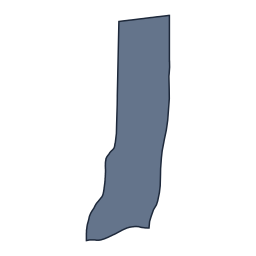 Thamud, Hadramawt, Yemen (Natural Earth projection)
{"feature_id": "15242507B77315063878707", "entity_name": "Thamud", "entity_type": "district", "adm_level": 2, "iso_a3": "YEM", "parent_name": "Yemen", "parent_adm1": "Hadramawt", "projection": "natural_earth1", "projection_center": [49.684, 17.639], "detail": "fine", "context": "isolated", "style": "filled", "palette": "slate", "viewbox_px": 256, "rotation_deg": 0, "n_neighbors": 0, "source": "geoboundaries", "source_scale": "gbopen_adm2", "svg_char_len": 4536}
<svg xmlns="http://www.w3.org/2000/svg" viewBox="0 0 256 256"><path d="M169.4,15.4L168.9,15.4L166.9,15.7L164.4,16.0L161.8,16.3L159.4,16.6L157.0,16.8L154.9,17.1L152.8,17.4L150.4,17.6L148.4,17.9L145.7,18.2L143.7,18.5L140.8,18.8L138.4,19.1L136.2,19.4L133.7,19.7L131.3,20.0L129.2,20.2L127.0,20.5L125.1,20.7L122.6,21.0L120.5,21.3L118.9,21.5L117.5,86.6L117.4,90.8L117.3,95.6L117.3,98.2L117.2,105.1L116.6,124.9L116.4,133.6L115.3,142.6L115.2,143.2L115.1,143.3L115.1,143.5L114.9,144.0L114.9,144.4L114.8,144.7L114.8,145.4L114.7,145.5L114.6,146.2L114.5,146.6L114.4,147.0L114.2,147.6L113.8,148.4L113.4,148.9L113.3,149.0L113.0,149.4L112.5,149.9L112.1,150.3L111.6,150.7L111.5,150.8L111.1,151.2L110.7,151.6L110.6,151.8L110.2,152.2L109.8,152.7L109.6,153.0L109.4,153.4L109.0,154.0L108.8,154.3L108.5,154.7L108.3,154.9L108.0,155.3L107.6,155.8L107.3,156.3L107.1,156.5L106.8,157.0L106.6,157.4L106.5,157.6L106.2,158.3L105.9,159.0L105.9,159.7L105.8,160.1L105.8,160.4L105.7,160.5L105.6,161.2L105.5,161.8L105.5,162.0L105.4,162.8L105.4,163.7L105.4,164.5L105.4,165.2L105.3,165.9L105.4,166.8L105.4,167.2L105.4,167.6L105.4,168.4L105.5,169.1L105.5,169.9L105.5,170.8L105.5,171.0L105.5,171.7L105.5,172.5L105.4,173.0L105.4,174.1L105.4,174.8L105.3,175.6L105.3,175.8L105.3,176.3L105.3,176.9L105.3,177.0L105.2,177.8L105.1,178.5L105.1,179.0L105.1,179.3L105.1,180.0L105.0,180.8L105.0,181.5L104.9,181.6L104.9,182.4L104.8,182.8L104.8,183.2L104.7,183.5L104.7,183.9L104.6,184.5L104.5,185.0L104.5,185.4L104.4,185.9L104.4,186.1L104.3,186.8L104.2,187.5L104.1,188.0L104.1,188.5L104.0,189.2L103.9,189.9L103.8,190.3L103.8,190.5L103.7,190.7L103.7,191.3L103.5,192.0L103.5,192.3L103.3,192.9L103.2,193.6L103.1,194.0L103.0,194.3L102.8,194.9L102.5,195.7L102.1,196.4L101.8,197.0L101.5,197.3L101.3,197.5L100.8,198.1L100.3,198.8L99.7,199.5L99.0,200.4L98.8,200.6L98.5,201.0L98.3,201.3L97.8,201.8L97.3,202.4L96.7,203.1L96.4,203.6L96.0,204.1L95.7,204.6L95.6,204.9L95.2,205.5L94.9,206.1L94.9,206.3L94.6,206.7L94.5,207.0L94.3,207.3L94.2,207.6L94.0,208.0L93.7,208.5L93.2,209.2L93.0,209.6L92.8,209.8L92.4,210.4L92.0,211.0L91.7,211.5L91.2,212.4L90.8,213.0L90.6,213.4L90.6,213.6L90.3,214.2L90.0,214.9L89.7,215.6L89.5,216.2L89.3,216.8L89.1,217.7L89.0,218.4L88.8,219.1L88.7,219.7L88.6,219.9L88.5,220.4L88.3,221.1L88.2,221.6L88.1,221.9L88.0,222.1L87.9,222.6L87.7,223.3L87.5,223.9L87.5,224.0L87.3,224.8L87.2,225.4L87.1,226.2L86.9,227.1L86.9,227.5L86.9,227.8L86.8,228.5L86.7,229.1L86.5,230.1L86.5,230.3L86.5,230.8L86.5,231.6L86.5,232.3L86.5,232.5L86.4,233.0L86.4,233.7L86.4,234.4L86.4,234.6L86.4,235.1L86.4,235.5L86.4,235.8L86.4,236.6L86.4,237.5L86.4,238.4L86.4,238.8L86.4,239.3L86.4,239.6L86.4,239.9L86.4,240.6L86.5,240.6L87.1,240.4L87.8,240.3L88.2,240.2L88.5,240.1L89.0,240.0L89.4,240.0L89.9,239.9L90.6,239.9L91.3,239.9L91.6,239.9L91.9,239.9L92.7,239.9L93.3,239.9L94.0,239.9L94.5,239.9L95.3,240.0L95.9,240.1L96.5,240.2L96.8,240.2L97.1,240.2L97.7,240.2L97.9,240.2L98.4,240.2L98.6,240.2L98.9,240.2L99.1,240.1L99.5,240.1L100.2,240.0L100.6,239.9L100.8,239.9L101.5,239.7L102.0,239.5L102.7,239.3L103.4,239.1L104.0,238.9L104.7,238.7L105.0,238.5L105.4,238.4L105.5,238.3L105.9,238.2L106.2,238.0L106.7,237.8L107.3,237.6L107.5,237.5L108.2,237.2L108.8,236.9L109.0,236.8L109.4,236.6L110.2,236.2L110.9,235.9L111.2,235.8L111.5,235.6L111.9,235.4L112.3,235.2L112.8,235.0L112.9,234.9L113.5,234.6L114.2,234.4L114.3,234.3L114.9,234.0L115.2,233.9L115.6,233.7L115.9,233.5L116.3,233.3L116.7,233.1L117.2,232.8L117.7,232.5L118.1,232.3L118.8,232.0L118.9,231.9L119.0,231.8L119.6,231.5L120.2,231.2L120.3,231.2L120.8,230.9L121.3,230.6L122.0,230.2L122.7,229.9L123.1,229.7L123.3,229.6L123.9,229.3L124.6,229.0L125.4,228.7L126.1,228.3L126.3,228.3L126.9,228.0L127.7,227.8L128.4,227.6L129.0,227.4L129.7,227.2L130.3,227.1L131.0,227.0L131.6,226.9L132.3,226.8L133.1,226.7L133.5,226.7L134.0,226.6L135.1,226.5L136.1,226.5L136.5,226.5L136.9,226.5L137.4,226.6L137.6,226.6L138.2,226.6L138.9,226.7L139.1,226.8L139.5,226.9L140.2,227.1L140.9,227.3L141.6,227.4L141.8,227.5L142.4,227.5L142.8,227.6L143.1,227.6L143.3,227.6L143.9,227.7L144.5,227.8L145.3,227.9L145.8,227.9L146.6,227.9L147.1,228.0L147.5,228.0L148.0,228.0L148.5,228.0L149.0,228.0L149.6,221.5L149.9,220.5L151.1,216.5L153.5,209.7L156.4,204.9L156.8,203.7L157.7,200.9L159.0,194.6L159.4,192.6L160.2,185.8L160.5,174.7L160.6,168.8L161.4,157.9L162.0,152.4L162.2,150.7L164.0,141.3L164.2,140.1L166.3,130.2L167.0,125.3L167.7,120.3L169.0,103.0L169.3,98.7L169.2,89.1L168.9,76.2L169.2,73.3L169.6,67.3L169.6,66.8L169.5,61.2L169.4,61.2L169.4,15.4Z" fill="#64748b" stroke="#1e293b" stroke-width="1.5"/></svg>